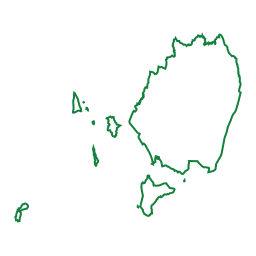 outline of Kantang, Trang, Thailand
{"feature_id": "78962969B56840813019063", "entity_name": "Kantang", "entity_type": "district", "adm_level": 2, "iso_a3": "THA", "parent_name": "Thailand", "parent_adm1": "Trang", "projection": "equal_earth", "projection_center": [99.388, 7.37], "detail": "fine", "context": "isolated", "style": "outline", "palette": "green", "viewbox_px": 256, "rotation_deg": 0, "n_neighbors": 0, "source": "geoboundaries", "source_scale": "gbopen_adm2", "svg_char_len": 5858}
<svg xmlns="http://www.w3.org/2000/svg" viewBox="0 0 256 256"><path d="M221.5,154.1L224.5,138.1L226.8,131.7L227.7,127.4L230.8,120.1L232.2,116.1L233.4,114.0L235.1,111.8L236.0,110.1L238.4,101.7L240.6,92.7L239.1,91.3L239.3,88.8L240.6,84.6L240.3,82.5L239.6,81.8L239.9,81.1L239.7,80.4L239.9,78.1L239.6,76.8L239.3,76.3L238.9,76.3L238.8,75.5L239.2,75.1L238.7,74.7L238.2,73.0L238.5,72.8L238.6,72.2L238.1,70.7L238.3,69.8L238.1,68.0L237.6,66.7L237.5,65.0L237.0,64.7L237.1,64.2L236.4,62.3L236.4,58.8L235.3,58.2L235.4,57.5L233.3,55.9L232.0,56.2L229.0,53.1L227.5,49.1L227.4,47.3L225.9,45.4L224.7,44.7L222.9,38.4L221.3,35.5L220.0,34.6L219.4,34.7L218.8,35.5L219.1,37.3L217.1,37.1L216.1,39.1L215.1,39.7L215.0,41.6L215.5,43.1L215.2,43.9L214.7,43.7L214.4,41.9L213.9,41.5L212.6,42.1L211.7,43.8L211.3,43.8L211.0,42.8L210.3,43.1L209.5,42.8L209.7,43.3L209.3,43.5L209.3,44.3L209.2,43.9L208.9,44.2L208.6,43.5L208.1,43.7L207.3,43.1L207.1,43.5L206.6,43.5L206.3,44.1L205.1,44.3L204.6,45.0L204.3,44.7L204.6,44.4L204.7,43.3L204.4,43.3L205.2,41.9L205.1,40.4L204.9,40.3L205.2,38.8L204.6,38.7L204.2,37.6L203.6,37.6L203.5,36.9L202.9,37.2L202.3,35.4L202.1,36.1L200.7,36.7L200.3,36.1L199.5,36.7L199.0,36.5L198.7,35.5L198.1,35.4L198.0,36.2L195.5,38.0L195.5,38.5L194.9,39.1L194.8,40.0L194.3,40.5L192.7,40.2L192.7,41.2L192.1,41.8L191.8,43.9L191.2,44.7L189.5,45.2L189.3,44.5L188.7,44.4L188.0,44.7L187.5,45.4L186.7,45.4L186.5,45.8L185.7,44.9L184.7,44.6L183.3,44.7L182.2,43.5L179.8,42.6L179.3,41.0L177.2,41.0L175.6,38.2L175.3,39.0L174.8,39.0L173.9,39.7L173.7,40.6L174.1,41.2L173.0,43.5L173.1,44.9L172.6,45.3L173.3,47.2L173.7,47.4L173.8,49.2L174.5,50.1L173.9,50.4L173.7,51.0L174.1,52.1L174.5,51.9L174.8,52.5L174.5,54.0L174.8,54.4L174.8,55.9L173.7,56.7L172.1,55.5L170.7,56.7L169.0,57.3L167.2,57.4L166.8,57.8L167.1,58.8L166.0,59.6L166.5,62.3L166.4,64.7L165.3,68.7L163.2,67.9L161.7,66.9L160.2,67.4L158.6,66.5L157.6,72.2L156.6,73.6L155.5,74.2L154.9,74.1L154.1,73.1L152.8,72.2L150.1,71.7L150.1,74.5L148.4,79.1L148.3,81.4L148.6,82.2L147.5,84.2L147.2,86.4L147.3,87.3L147.0,87.9L146.4,87.4L145.5,87.3L144.5,88.9L144.2,91.0L142.8,93.3L143.0,95.6L143.6,95.2L143.7,96.9L142.8,98.0L142.4,97.8L141.6,98.4L141.8,98.8L141.5,98.9L141.6,99.2L141.0,99.3L140.9,99.9L140.0,100.6L140.3,101.2L139.8,101.7L140.3,101.9L140.0,102.8L139.6,103.3L138.8,103.2L138.5,103.5L138.6,103.9L139.2,103.7L139.3,104.1L138.2,104.4L137.8,103.5L137.3,103.4L136.9,105.4L135.3,105.8L135.2,106.9L136.5,109.1L136.6,109.7L135.3,111.5L134.7,111.5L133.8,110.9L133.1,111.8L129.6,120.4L129.4,121.9L129.7,123.1L137.4,132.6L139.7,133.9L138.6,136.3L138.6,137.6L142.6,144.4L143.7,143.5L145.0,144.7L149.5,152.8L151.1,156.6L152.4,160.7L152.3,161.5L153.1,161.8L153.5,162.9L153.8,163.0L155.4,161.9L155.1,159.5L155.8,156.2L158.9,157.1L159.0,158.4L161.0,161.4L161.5,162.6L162.2,166.4L163.9,166.0L164.8,165.4L166.2,165.5L167.8,166.7L168.6,166.7L171.1,168.6L173.5,169.3L174.0,169.7L174.6,170.9L175.5,170.5L177.0,171.2L177.9,172.4L178.6,171.7L179.7,172.0L182.2,174.0L183.2,173.8L185.6,170.9L187.4,170.0L188.3,169.0L188.7,168.1L188.4,167.2L188.7,165.5L188.5,164.5L189.0,163.3L188.9,161.0L197.6,161.2L198.0,162.1L202.1,166.3L204.2,167.4L205.2,167.2L208.8,167.8L209.1,168.7L208.4,172.2L213.0,171.1L214.8,170.0L215.6,168.8L216.1,164.0L220.8,155.9L221.5,154.1ZM153.5,183.1L149.5,177.9L149.2,175.8L148.3,175.5L147.5,175.9L147.4,178.4L146.0,179.9L144.7,182.9L143.6,183.3L142.9,182.4L141.7,183.5L141.3,187.4L142.9,195.9L140.4,206.0L140.4,206.8L142.9,209.8L142.7,210.5L144.1,213.7L146.7,215.4L148.2,215.9L149.4,215.5L149.8,214.8L150.3,214.7L150.7,213.7L152.1,213.5L151.7,210.6L151.9,209.6L151.3,208.5L151.5,205.7L154.8,202.7L155.2,201.8L156.3,200.7L156.6,199.4L157.4,199.2L158.2,197.5L160.6,196.3L161.1,197.2L162.2,196.6L164.4,194.4L166.8,194.5L167.7,193.9L168.4,194.2L169.8,193.3L173.2,192.4L174.6,189.5L174.3,188.9L173.3,188.5L170.3,188.1L169.5,187.7L166.2,183.3L165.3,183.5L164.3,183.3L159.4,185.4L156.1,185.8L154.1,185.2L153.7,185.5L153.4,184.7L153.5,183.1ZM111.8,117.7L110.5,116.5L109.5,116.9L108.3,117.9L107.4,117.8L106.7,118.3L108.3,119.6L108.7,120.8L108.2,121.9L108.1,122.8L109.0,124.4L109.4,124.2L109.6,124.5L109.4,125.3L108.2,126.0L108.4,127.0L107.9,127.9L107.7,129.7L107.8,130.3L108.3,130.5L110.0,130.2L110.9,132.3L111.9,132.7L112.2,134.0L111.9,134.7L112.9,136.2L114.4,136.5L114.9,136.9L115.1,136.7L115.1,136.1L116.2,135.5L115.9,134.6L116.7,133.0L116.0,131.5L116.9,129.8L116.8,128.1L120.2,125.5L116.6,124.4L116.3,123.1L115.3,122.4L114.9,121.2L114.1,119.9L113.6,117.0L112.9,116.9L111.8,117.7ZM79.6,106.1L77.7,98.7L74.8,93.3L74.2,92.8L73.9,94.7L74.0,97.8L73.2,100.9L73.6,109.0L73.0,111.4L73.0,112.5L74.0,112.7L78.3,110.6L79.4,110.6L80.8,111.3L81.2,111.1L80.9,108.7L79.6,106.1ZM19.7,218.4L20.9,214.2L20.7,212.4L17.7,210.3L17.7,211.1L17.2,211.5L16.4,213.9L16.1,216.4L15.4,216.8L16.0,220.3L17.4,220.1L18.0,221.4L18.6,221.0L19.5,221.0L19.7,218.4ZM26.5,204.0L25.1,203.5L23.9,204.1L23.0,204.1L21.8,205.5L20.6,207.9L18.7,208.4L18.8,209.6L19.6,210.6L20.5,210.7L22.5,209.7L26.8,208.6L27.8,207.3L28.0,206.1L27.7,205.2L26.5,204.0ZM93.7,148.6L93.4,147.5L93.0,149.0L93.8,152.4L93.7,154.7L94.7,157.3L94.6,158.6L95.3,160.4L94.7,162.2L95.1,163.5L94.9,164.1L96.3,166.5L96.1,165.0L96.7,163.5L97.9,162.1L98.2,160.9L95.6,155.9L95.4,155.1L95.7,154.8L94.7,153.3L94.3,151.0L94.3,149.3L93.7,148.6ZM93.8,124.1L94.2,123.2L93.7,121.3L93.1,121.5L92.5,122.2L93.0,123.7L93.8,124.1ZM158.0,159.1L158.6,158.4L158.4,157.5L157.5,157.5L156.9,157.9L157.0,158.6L158.0,159.1ZM87.1,108.0L86.5,107.9L86.4,109.0L87.2,109.0L87.1,108.0ZM88.0,109.7L87.3,108.7L87.2,108.9L87.5,109.0L87.6,109.9L87.9,110.2L88.0,109.7ZM138.2,207.3L138.3,206.7L137.8,206.2L137.7,207.0L138.2,207.3ZM184.2,181.3L184.7,181.0L184.5,180.2L184.0,180.9L184.2,181.3ZM152.3,163.6L151.9,163.9L152.8,164.3L152.7,164.0L152.3,163.6ZM83.9,102.2L83.6,102.1L83.5,102.4L84.1,103.1L83.9,102.2Z" fill="none" stroke="#15803d" stroke-width="2"/></svg>